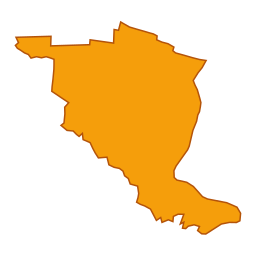 the district of Cruzeiro do Sul, Rio Grande do Sul, Brazil
{"feature_id": "56859067B99028252203396", "entity_name": "Cruzeiro do Sul", "entity_type": "district", "adm_level": 2, "iso_a3": "BRA", "parent_name": "Brazil", "parent_adm1": "Rio Grande do Sul", "projection": "mercator", "projection_center": [-52.031, -29.551], "detail": "fine", "context": "isolated", "style": "filled", "palette": "amber", "viewbox_px": 256, "rotation_deg": 0, "n_neighbors": 0, "source": "geoboundaries", "source_scale": "gbopen_adm2", "svg_char_len": 1511}
<svg xmlns="http://www.w3.org/2000/svg" viewBox="0 0 256 256"><path d="M226.7,202.7L207.5,199.0L202.5,196.7L193.4,186.5L186.8,182.3L182.6,181.3L177.0,180.1L174.2,177.5L173.9,170.7L176.1,166.0L187.6,149.8L189.2,146.2L192.9,130.4L196.6,121.2L197.8,115.0L199.5,111.6L200.4,106.5L200.9,102.6L199.7,98.0L197.3,89.7L195.0,85.1L193.2,80.5L198.1,72.7L202.1,67.7L206.1,60.5L199.5,59.5L192.5,57.7L184.2,55.3L175.5,52.9L172.8,50.7L173.9,47.1L168.0,43.7L161.9,42.1L156.7,39.8L157.1,35.9L153.3,33.9L149.9,33.0L144.2,31.3L136.8,29.2L129.4,27.0L120.7,22.0L118.5,30.3L114.1,29.5L113.6,43.1L90.1,39.8L89.7,44.7L50.7,45.9L51.0,36.3L16.0,37.3L18.5,42.6L15.4,45.4L17.4,48.3L20.4,50.1L24.5,52.9L28.4,54.5L31.0,58.1L36.5,56.7L41.5,57.8L46.2,56.7L49.9,57.8L54.0,59.3L54.0,64.6L53.9,69.3L53.0,79.1L52.1,86.6L51.8,91.3L68.7,102.7L64.7,107.2L64.9,113.9L64.0,123.0L61.0,125.4L67.0,130.4L73.2,131.0L76.5,134.4L79.1,136.4L82.4,133.4L83.1,139.6L90.1,142.6L92.9,148.6L95.3,153.1L98.4,157.9L107.0,157.2L108.9,164.8L114.1,167.3L119.4,168.4L123.0,171.1L124.6,175.8L128.3,178.5L130.2,184.0L137.6,186.1L138.7,193.5L138.0,197.6L136.6,202.2L140.3,204.3L144.6,205.9L150.5,209.1L156.4,220.4L160.7,217.5L162.0,222.4L168.3,219.8L172.9,221.6L173.4,216.4L178.1,214.2L183.8,214.3L180.3,224.0L183.8,222.2L182.5,228.2L185.7,228.6L188.2,226.2L194.1,224.8L199.5,226.5L197.6,230.6L201.7,233.8L205.8,234.0L221.4,224.0L229.5,222.4L236.4,222.5L239.9,220.8L240.6,213.3L237.0,207.2L233.0,205.4L226.7,202.7Z" fill="#f59e0b" stroke="#b45309" stroke-width="1.5"/></svg>